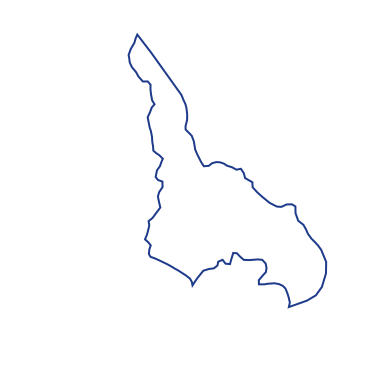 outline of Nossa Senhora do Socorro, Sergipe, Brazil, rotated 52°
{"feature_id": "56859067B36001575817528", "entity_name": "Nossa Senhora do Socorro", "entity_type": "district", "adm_level": 2, "iso_a3": "BRA", "parent_name": "Brazil", "parent_adm1": "Sergipe", "projection": "natural_earth1", "projection_center": [-37.154, -10.873], "detail": "fine", "context": "isolated", "style": "outline", "palette": "blue", "viewbox_px": 384, "rotation_deg": 52, "n_neighbors": 0, "source": "geoboundaries", "source_scale": "gbopen_adm2", "svg_char_len": 2018}
<svg xmlns="http://www.w3.org/2000/svg" viewBox="0 0 384 384"><g transform="rotate(52 192 192)"><path d="M342.3,186.5L348.4,168.2L349.7,158.0L346.8,148.1L343.7,143.7L338.6,136.5L333.0,132.0L329.7,129.3L317.1,125.8L311.4,125.6L307.2,126.0L302.3,126.6L296.4,126.4L291.6,125.2L286.5,124.4L280.0,126.0L272.5,123.5L267.0,119.4L263.3,120.8L260.1,125.0L258.7,130.8L255.7,134.1L248.4,137.5L239.2,139.6L232.4,140.8L225.6,141.3L221.5,138.4L216.9,140.3L213.7,141.6L209.1,139.6L203.8,139.2L201.8,143.2L197.2,145.2L192.8,148.2L189.3,149.4L185.9,151.6L183.4,154.4L181.7,158.4L181.7,162.7L179.0,166.8L174.2,166.4L170.1,165.6L165.2,164.6L160.4,163.3L156.8,161.3L152.8,159.2L147.5,157.6L143.6,158.0L138.9,158.6L136.1,156.5L132.2,151.5L128.0,148.1L122.3,144.6L118.7,143.1L114.0,142.0L109.1,140.6L57.0,138.4L34.3,138.2L36.3,141.9L39.0,145.6L41.6,152.2L45.0,157.6L48.1,159.2L51.5,161.3L56.6,162.5L63.3,162.3L67.9,163.1L71.2,162.9L74.6,162.7L77.7,158.8L81.9,158.6L85.5,161.5L89.7,164.1L95.3,167.0L99.8,167.5L100.6,171.6L103.3,176.0L105.8,180.9L109.9,183.0L114.6,185.4L119.1,187.1L123.8,189.5L128.0,192.4L131.9,194.5L135.6,197.0L139.3,196.3L143.0,195.1L147.8,194.5L149.8,198.1L151.9,201.3L153.4,206.3L157.8,211.4L161.6,211.4L165.6,208.9L170.0,212.2L171.9,218.0L174.6,221.7L179.7,224.2L184.7,226.5L186.5,233.1L188.2,239.2L188.2,244.1L192.1,246.3L194.6,249.4L197.6,253.3L200.4,258.2L204.7,257.4L208.7,257.4L210.8,260.7L214.2,264.1L217.5,264.6L222.2,261.7L227.9,258.8L234.0,255.8L238.5,253.9L241.8,252.7L245.8,251.0L249.3,249.8L253.9,248.2L259.0,246.9L262.8,247.5L265.9,249.1L263.4,241.7L261.0,231.6L263.1,226.0L265.6,221.9L265.6,217.2L263.1,214.3L264.2,209.7L269.1,209.7L272.2,206.5L268.4,201.3L265.4,197.0L268.0,194.3L272.5,193.9L277.3,193.0L280.8,188.9L282.9,185.8L285.6,181.7L288.7,178.4L293.7,178.0L297.8,180.1L300.6,183.1L301.5,188.3L302.6,193.6L306.0,196.1L309.2,192.0L311.0,188.7L314.8,183.1L318.2,180.1L321.9,178.2L325.7,177.8L330.6,179.2L335.3,181.0L339.4,183.0L342.3,186.5Z" fill="none" stroke="#1e3a8a" stroke-width="2"/></g></svg>